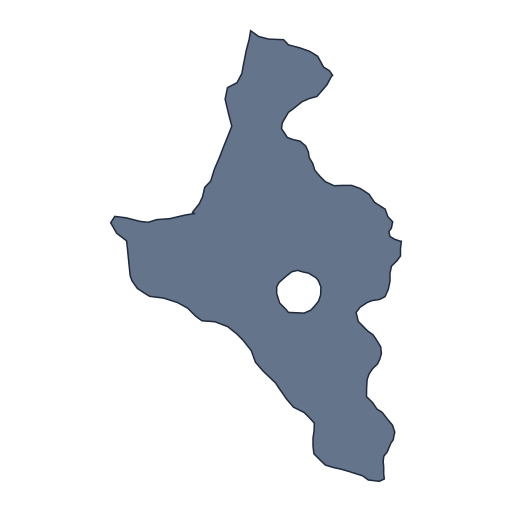 the district of Babek District, Babək, Azerbaijan
{"feature_id": "54616110B53070579367508", "entity_name": "Babek District", "entity_type": "district", "adm_level": 2, "iso_a3": "AZE", "parent_name": "Azerbaijan", "parent_adm1": "Babək", "projection": "mercator", "projection_center": [45.413, 39.259], "detail": "fine", "context": "isolated", "style": "filled", "palette": "slate", "viewbox_px": 512, "rotation_deg": 0, "n_neighbors": 0, "source": "geoboundaries", "source_scale": "gbopen_adm2", "svg_char_len": 2317}
<svg xmlns="http://www.w3.org/2000/svg" viewBox="0 0 512 512"><path d="M401.3,241.2L400.3,241.2L394.4,239.2L389.9,236.4L388.9,231.6L391.4,228.1L392.7,221.8L387.8,216.6L385.2,209.2L374.5,202.3L369.1,194.3L360.3,188.5L360.2,188.5L351.7,185.4L342.6,185.4L334.1,185.7L325.5,181.8L320.1,176.5L314.8,170.3L312.8,163.6L309.2,157.6L308.4,152.0L305.7,146.0L300.0,141.1L293.1,139.6L287.4,137.5L281.5,128.6L282.3,122.8L288.4,112.4L295.0,107.4L301.9,101.8L309.1,98.6L317.0,96.4L322.6,89.9L327.0,84.7L331.3,76.7L332.6,75.3L329.5,70.8L323.5,67.0L317.7,56.3L309.6,51.3L300.0,47.9L288.5,44.9L283.6,39.7L268.8,39.1L258.7,36.5L251.0,31.0L250.6,30.7L249.1,39.7L246.3,50.2L243.1,66.4L241.9,73.4L237.0,82.7L227.5,87.6L225.1,99.2L228.9,115.2L231.8,126.2L228.0,135.8L224.0,145.7L219.4,157.6L214.4,169.2L210.7,181.1L204.7,187.4L202.5,196.9L199.3,203.7L192.5,212.3L194.2,213.6L185.3,215.0L169.5,218.7L156.8,219.6L148.2,222.3L140.1,221.4L126.1,217.8L114.8,216.4L111.8,221.0L110.7,222.8L116.6,233.2L126.6,240.9L127.5,249.1L128.8,262.7L130.2,275.8L132.0,280.8L137.4,288.5L146.4,294.4L149.6,296.3L163.6,298.1L177.6,302.6L187.6,308.1L195.7,316.2L202.0,320.8L214.7,321.7L227.8,326.7L236.8,333.9L243.1,340.3L251.3,350.7L255.5,362.3L263.3,371.3L275.5,382.9L278.4,387.3L286.5,399.0L293.4,407.1L304.1,412.5L308.5,416.8L314.3,423.1L314.1,430.5L313.0,438.0L313.0,446.3L313.9,453.8L320.4,460.3L325.4,465.1L333.3,467.5L341.1,469.2L348.0,471.2L355.9,473.7L362.4,475.7L368.3,480.0L379.4,481.3L384.3,479.0L383.7,473.8L383.7,467.4L383.2,461.3L383.8,456.3L387.3,451.8L389.3,446.9L390.9,443.1L393.2,439.9L394.0,435.6L394.8,432.2L392.5,425.2L387.4,419.1L382.1,412.3L376.9,409.0L372.6,402.6L366.5,396.6L366.6,388.3L367.1,379.5L369.1,373.9L372.5,368.8L374.2,367.1L377.4,364.1L379.6,359.7L381.4,353.7L380.7,346.8L375.4,338.2L373.0,334.8L367.9,331.1L366.3,329.6L358.3,321.5L356.1,312.5L360.2,307.1L367.2,302.5L372.0,300.6L379.4,299.5L385.0,296.7L388.3,289.3L390.0,281.1L390.0,273.3L391.5,266.1L397.0,260.7L400.5,256.0L400.5,248.8L401.3,241.2ZM301.8,271.6L303.9,272.2L308.5,273.1L316.1,277.8L318.3,280.6L320.9,286.9L320.6,295.1L318.5,301.2L314.8,305.8L310.9,310.1L304.1,313.1L288.4,312.4L285.8,309.2L279.7,303.1L276.7,293.6L276.7,286.9L278.9,282.6L282.4,279.5L286.3,276.1L291.7,271.8L297.6,270.4L301.8,271.6Z" fill="#64748b" stroke="#1e293b" stroke-width="1.5"/></svg>